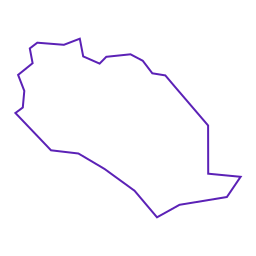 SVG path tracing the border of Bradford
{"feature_id": "GBR-5673", "entity_name": "Bradford", "entity_type": "Metropolitan Borough", "adm_level": 1, "iso_a3": "GBR", "parent_name": "United Kingdom", "parent_adm1": "", "projection": "equal_earth", "projection_center": [-1.826, 53.851], "detail": "fine", "context": "isolated", "style": "outline", "palette": "violet", "viewbox_px": 256, "rotation_deg": 0, "n_neighbors": 0, "source": "natural_earth", "source_scale": "10m", "svg_char_len": 434}
<svg xmlns="http://www.w3.org/2000/svg" viewBox="0 0 256 256"><path d="M174.7,86.5L208.1,125.5L208.2,173.7L240.6,176.8L226.9,197.0L179.5,204.8L157.0,217.3L134.6,190.8L104.6,169.0L78.4,153.5L51.0,150.3L15.4,113.0L22.8,107.5L24.3,90.9L18.1,74.9L32.6,63.2L29.8,48.4L37.3,42.7L63.9,44.8L79.8,38.7L83.2,56.4L99.6,63.6L106.3,56.8L130.5,54.3L142.8,60.8L152.3,73.3L165.3,75.4L174.7,86.5Z" fill="none" stroke="#5b21b6" stroke-width="2"/></svg>